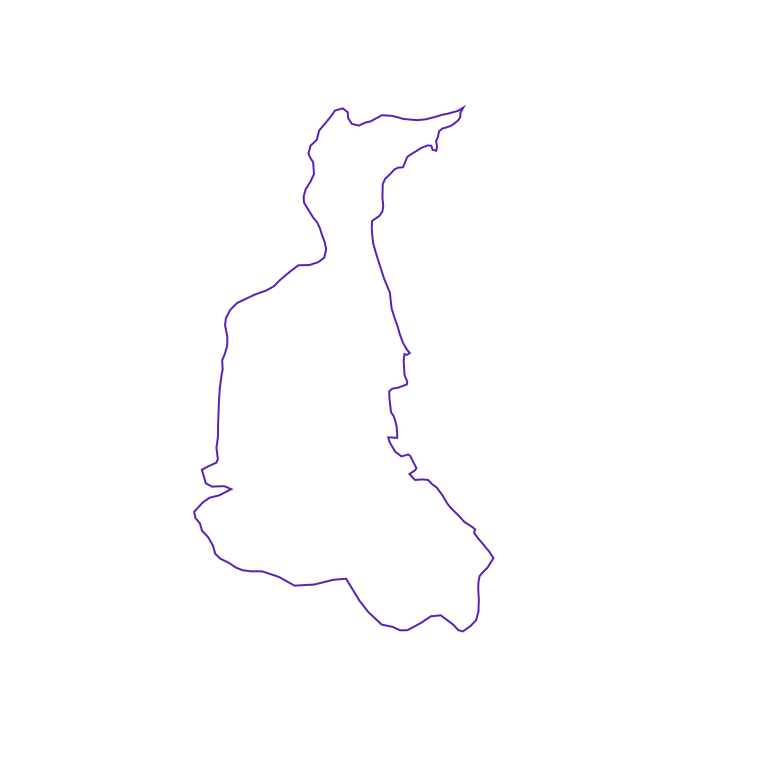 the district of Lundu, Sarawak, Malaysia, rotated 50°
{"feature_id": "92858781B46549610571988", "entity_name": "Lundu", "entity_type": "district", "adm_level": 2, "iso_a3": "MYS", "parent_name": "Malaysia", "parent_adm1": "Sarawak", "projection": "orthographic", "projection_center": [109.809, 1.733], "detail": "fine", "context": "isolated", "style": "outline", "palette": "violet", "viewbox_px": 768, "rotation_deg": 50, "n_neighbors": 0, "source": "geoboundaries", "source_scale": "gbopen_adm2", "svg_char_len": 2601}
<svg xmlns="http://www.w3.org/2000/svg" viewBox="0 0 768 768"><g transform="rotate(50 384 384)"><path d="M587.7,412.0L579.5,411.1L562.5,411.1L556.0,410.7L553.9,407.6L549.5,408.5L541.3,411.1L532.2,411.5L523.1,412.4L516.6,412.4L506.6,410.7L497.0,410.2L491.8,411.5L485.7,412.0L481.8,415.9L477.5,421.9L469.3,422.4L469.7,418.9L470.1,415.4L469.3,413.3L456.2,410.2L453.6,410.7L450.6,417.2L443.2,418.9L432.4,417.2L427.6,415.0L433.7,408.5L430.6,405.9L424.6,401.6L419.3,399.0L414.6,397.2L410.2,396.8L397.7,388.5L392.9,384.6L392.9,380.7L395.9,375.5L399.0,366.8L397.2,364.7L390.3,362.5L383.8,357.7L378.6,353.8L374.2,349.1L376.4,347.8L376.8,344.3L372.0,344.3L364.7,343.0L356.0,339.9L349.5,336.9L339.1,333.0L330.8,329.5L317.8,320.8L303.1,316.1L284.0,308.3L276.6,305.2L269.2,301.8L263.1,297.8L256.6,293.1L251.4,288.3L252.3,279.2L250.6,274.0L247.1,270.1L240.6,265.7L230.2,256.6L227.6,251.4L227.1,244.0L226.3,238.0L227.6,233.6L230.2,230.2L228.4,226.7L225.0,220.2L225.4,215.4L226.3,209.8L227.1,203.7L229.3,197.2L231.9,194.6L235.8,196.3L238.8,194.1L236.2,190.7L231.5,188.1L229.3,183.7L225.8,179.4L225.8,175.1L227.6,171.2L229.3,166.8L229.7,161.6L229.7,157.3L228.4,153.8L225.4,151.2L223.2,145.6L222.4,151.6L218.0,161.2L215.4,165.9L212.0,173.8L208.0,182.0L203.3,188.9L193.3,198.9L188.5,202.0L183.3,205.9L176.8,212.8L174.2,225.4L171.6,230.6L169.9,237.1L164.2,241.4L157.3,240.6L152.5,237.1L146.4,238.4L143.0,245.8L144.7,251.8L146.4,260.5L148.2,270.9L153.8,278.7L154.2,287.0L159.0,293.9L164.2,295.2L168.5,295.7L178.1,302.6L181.6,310.0L184.6,319.1L188.9,325.2L193.7,328.7L211.1,331.3L217.1,331.3L223.6,333.0L229.7,335.6L237.1,338.2L243.6,341.7L248.8,348.6L248.4,356.0L244.9,364.7L238.0,373.3L237.5,383.8L237.5,396.8L238.4,405.0L236.7,414.1L232.3,425.9L230.1,434.5L227.5,444.5L228.4,454.1L231.9,462.7L236.7,467.9L247.1,473.6L253.6,479.2L258.4,486.2L261.8,492.7L269.2,498.3L273.1,503.1L281.8,512.6L290.9,521.3L309.1,537.8L317.8,545.2L325.2,553.4L334.7,559.5L336.5,563.0L334.3,570.8L332.6,578.6L345.6,584.3L352.1,581.7L359.5,572.1L366.4,568.6L363.4,581.7L359.0,590.8L358.2,598.6L359.9,611.6L365.5,614.6L372.5,614.6L379.4,617.7L388.5,617.2L398.1,619.0L405.5,622.4L412.8,621.6L421.5,617.7L429.3,615.5L435.8,612.0L441.9,606.4L449.3,597.7L464.1,588.6L481.0,582.1L492.7,566.5L501.4,548.7L508.8,538.2L534.4,542.1L548.7,542.6L566.9,540.4L575.6,533.5L583.0,530.0L587.7,524.3L590.8,509.2L591.3,504.3L592.1,497.4L597.7,489.2L612.5,485.7L620.3,485.3L624.2,482.7L625.0,473.6L624.2,465.3L619.0,457.9L610.3,450.1L601.6,443.6L596.4,438.9L592.5,434.1L591.6,427.6L591.2,422.8L587.7,412.0Z" fill="none" stroke="#5b21b6" stroke-width="2"/></g></svg>